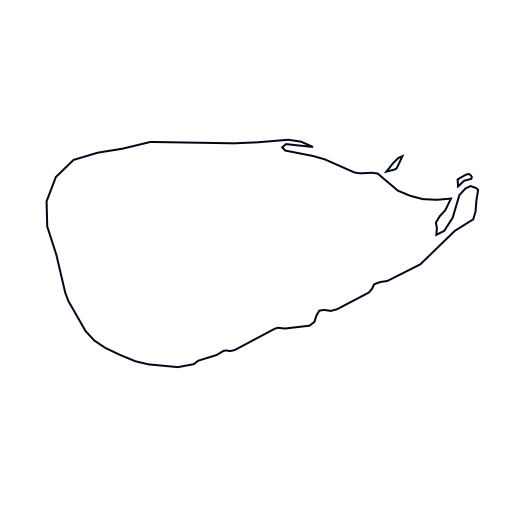 an SVG outline of Sri Lanka, rotated 96°
{"feature_id": "LKA", "entity_name": "Sri Lanka", "entity_type": "country or territory", "adm_level": 0, "iso_a3": "LKA", "parent_name": "Asia", "parent_adm1": "", "projection": "mercator", "projection_center": [80.512, 7.881], "detail": "fine", "context": "isolated", "style": "outline", "palette": "ink", "viewbox_px": 512, "rotation_deg": 96, "n_neighbors": 0, "source": "natural_earth", "source_scale": "50m", "svg_char_len": 1241}
<svg xmlns="http://www.w3.org/2000/svg" viewBox="0 0 512 512"><g transform="rotate(96 256 256)"><path d="M167.1,42.0L177.7,42.6L188.9,42.3L196.8,43.8L210.3,61.0L247.1,91.7L267.1,122.8L268.9,129.7L271.7,135.5L276.5,137.2L280.5,139.9L300.5,169.9L302.8,175.9L302.5,182.4L303.7,187.3L308.9,189.7L315.4,191.0L319.7,195.5L325.1,219.5L325.1,226.9L326.6,230.1L351.8,267.4L353.3,271.9L353.0,275.3L353.7,278.3L358.6,284.9L366.2,302.6L370.1,306.6L374.7,322.1L375.0,351.7L373.3,364.9L368.6,380.9L363.0,396.6L357.0,407.9L348.7,417.5L320.5,437.8L312.4,441.9L275.6,454.7L248.5,466.7L223.5,470.0L198.4,463.3L179.5,447.5L169.8,424.2L163.2,399.9L153.6,372.9L146.2,289.3L142.7,265.9L137.0,236.0L137.6,223.1L141.6,210.7L141.6,237.9L145.3,241.3L148.1,237.8L150.6,209.6L152.7,197.7L162.7,166.6L162.9,161.1L161.1,149.4L161.3,143.6L176.2,121.7L180.0,109.0L182.0,96.0L181.2,82.0L178.5,68.1L190.6,72.5L197.2,77.4L203.9,80.6L209.4,79.0L216.1,78.9L211.3,71.4L197.3,64.4L174.1,60.1L166.8,54.6L164.0,49.8L165.4,44.2L167.1,42.0ZM155.3,126.7L158.5,135.2L149.4,129.4L143.5,124.6L141.4,120.8L153.7,125.1L155.3,126.7ZM165.7,62.3L158.8,63.5L153.4,56.1L152.1,52.9L153.5,50.7L155.0,49.6L156.8,50.0L159.4,56.9L165.7,62.3Z" fill="none" stroke="#020617" stroke-width="2"/></g></svg>